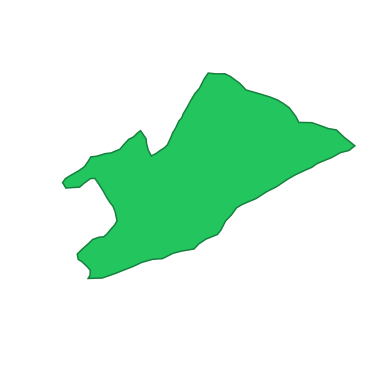 Livera, Cyprus, rotated 121°
{"feature_id": "46923920B2893427374385", "entity_name": "Livera", "entity_type": "district", "adm_level": 2, "iso_a3": "CYP", "parent_name": "Cyprus", "parent_adm1": "", "projection": "equal_earth", "projection_center": [32.951, 35.381], "detail": "fine", "context": "isolated", "style": "filled", "palette": "green", "viewbox_px": 384, "rotation_deg": 121, "n_neighbors": 0, "source": "geoboundaries", "source_scale": "gbopen_adm2", "svg_char_len": 1530}
<svg xmlns="http://www.w3.org/2000/svg" viewBox="0 0 384 384"><g transform="rotate(121 192 192)"><path d="M319.6,236.5L312.0,224.7L301.5,215.9L295.7,211.5L285.8,203.9L278.2,198.8L270.1,191.2L264.3,183.0L254.3,176.7L247.9,170.4L239.8,160.9L233.4,159.6L225.2,155.8L215.3,148.3L209.5,147.6L199.6,148.3L191.4,146.4L182.7,145.7L176.9,142.6L171.6,138.8L164.6,133.7L153.0,128.0L144.2,122.4L132.0,116.7L123.9,112.2L114.5,105.9L109.3,102.1L103.5,99.6L98.2,95.8L90.7,90.1L81.9,85.1L75.5,78.8L68.5,76.2L66.8,89.5L64.4,100.2L67.4,107.8L69.1,116.7L70.8,124.9L77.3,136.3L73.8,141.9L69.7,152.1L69.1,159.0L69.1,166.0L70.3,173.5L72.6,183.0L76.7,198.2L74.3,207.0L73.2,218.4L73.7,224.7L78.4,232.3L81.7,239.4L88.8,239.8L94.0,239.4L99.6,239.0L105.9,240.2L113.4,240.2L123.1,239.8L129.4,239.8L133.5,239.0L138.0,239.8L145.4,239.0L151.4,239.0L156.2,238.2L164.1,237.4L167.8,238.2L172.6,240.6L177.5,242.6L182.0,245.5L178.6,251.1L173.8,256.0L170.0,258.8L165.9,267.7L170.0,269.3L174.9,270.5L179.4,273.4L187.2,275.0L192.4,275.8L200.2,281.5L203.6,285.9L210.3,292.0L214.0,296.8L218.9,296.8L225.6,297.2L232.3,300.1L237.2,302.9L241.6,305.3L245.7,307.4L250.6,307.8L253.6,302.1L251.0,298.5L245.7,290.8L240.5,289.2L232.7,285.9L230.4,282.3L233.1,276.2L237.2,268.1L240.5,262.4L243.1,257.2L245.0,252.3L248.3,247.9L255.4,241.4L260.6,241.4L264.4,242.2L272.2,243.4L275.9,244.6L278.5,248.3L283.8,252.7L288.6,253.9L297.9,256.8L304.3,258.4L308.4,254.8L308.4,250.7L309.9,243.8L311.4,239.0L315.8,236.5L319.6,236.5Z" fill="#22c55e" stroke="#15803d" stroke-width="1.5"/></g></svg>